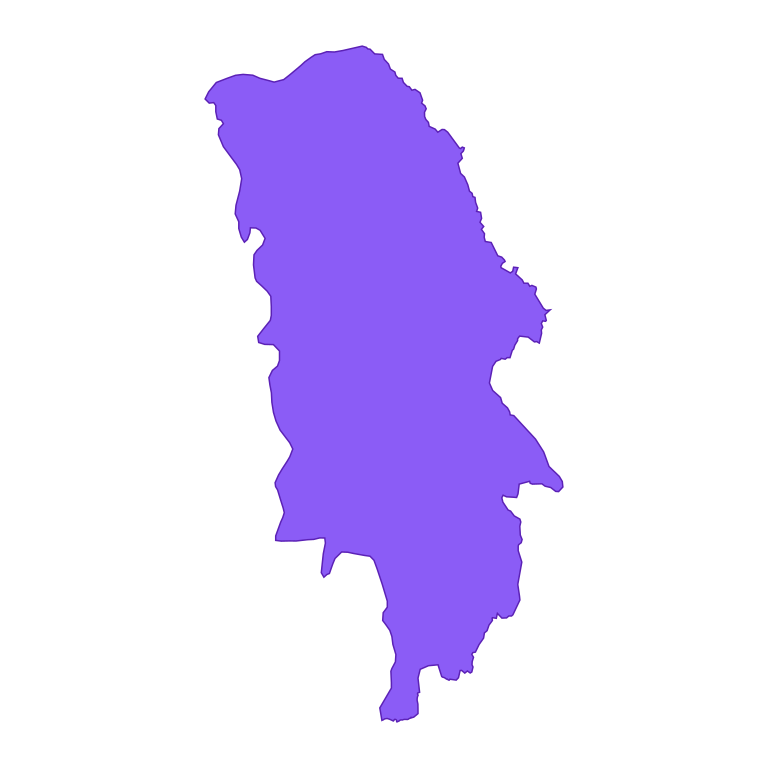 Seke-Banza, Bas-Congo, Democratic Republic of the Congo
{"feature_id": "63176286B69853523616594", "entity_name": "Seke-Banza", "entity_type": "district", "adm_level": 2, "iso_a3": "COD", "parent_name": "Democratic Republic of the Congo", "parent_adm1": "Bas-Congo", "projection": "robinson", "projection_center": [13.441, -5.391], "detail": "fine", "context": "isolated", "style": "filled", "palette": "violet", "viewbox_px": 768, "rotation_deg": 0, "n_neighbors": 0, "source": "geoboundaries", "source_scale": "gbopen_adm2", "svg_char_len": 4900}
<svg xmlns="http://www.w3.org/2000/svg" viewBox="0 0 768 768"><path d="M275.7,540.4L281.3,541.1L289.9,540.9L296.0,541.0L307.6,539.7L313.7,539.4L319.8,537.9L324.8,538.0L325.4,543.1L323.3,553.7L321.3,572.7L323.9,577.2L326.9,574.5L329.4,573.5L332.8,563.8L335.0,558.5L341.6,552.0L347.7,552.2L353.7,553.5L364.9,555.5L370.0,556.2L374.0,560.3L377.1,568.8L382.2,584.1L387.3,601.1L387.3,607.2L383.2,612.7L382.7,620.5L385.8,624.6L389.8,630.3L391.9,636.5L392.9,644.4L395.9,654.6L395.4,661.9L391.9,668.5L390.9,671.2L391.4,682.5L391.4,688.1L379.8,707.9L381.9,720.4L382.7,720.0L383.2,719.9L384.6,718.9L387.1,718.5L389.5,719.2L391.7,720.2L392.9,720.8L393.3,721.0L393.9,720.5L394.1,719.8L394.9,719.3L395.8,719.5L396.3,719.9L396.6,720.3L396.6,721.0L396.7,721.7L396.9,721.9L397.6,721.7L398.3,721.3L399.1,721.0L400.1,720.1L401.2,719.9L402.4,720.0L403.4,719.6L404.3,719.4L406.0,719.4L407.3,719.5L408.3,719.2L408.8,718.9L409.0,718.6L410.5,718.1L410.9,718.0L410.9,717.6L411.1,717.3L411.8,717.7L413.8,717.1L418.0,713.6L418.0,710.3L417.9,704.1L417.1,700.2L417.2,698.2L417.5,696.7L418.1,695.2L417.5,694.0L417.7,693.0L419.6,692.3L418.0,678.1L420.2,669.3L428.5,665.7L438.0,664.8L441.7,676.5L442.5,677.1L444.3,677.6L445.2,678.2L446.0,678.7L446.4,679.1L447.2,679.1L448.4,680.0L449.3,680.1L449.9,679.2L456.2,680.1L458.5,677.7L460.1,670.5L461.6,670.4L464.8,673.1L467.4,671.0L470.2,673.0L471.8,672.0L473.0,667.0L472.0,664.7L472.2,661.6L473.5,657.3L471.8,654.4L472.8,652.6L475.4,652.1L479.1,644.5L483.6,638.1L484.4,632.9L486.6,631.1L487.1,630.6L489.0,625.1L492.4,620.5L492.1,618.1L492.5,617.7L496.3,618.3L497.4,613.4L501.9,618.1L506.6,617.9L508.8,616.0L511.5,616.0L512.9,614.8L519.9,600.0L519.5,596.1L517.8,584.6L517.9,583.7L521.8,562.1L518.2,550.7L518.2,546.1L518.6,544.7L521.2,542.7L522.1,539.5L520.3,535.1L519.8,526.3L520.8,522.0L519.9,519.1L514.2,515.9L510.6,511.1L508.1,510.0L502.8,502.0L502.5,500.5L501.8,497.8L503.1,495.2L506.5,496.8L513.2,497.2L516.6,497.5L518.0,493.9L519.2,484.1L529.6,481.3L530.2,483.3L531.4,483.7L532.3,484.1L541.9,483.8L545.1,486.2L550.7,487.5L555.7,491.4L558.6,491.6L562.9,487.0L562.8,486.4L562.3,481.5L559.3,476.4L552.3,469.7L549.0,466.5L544.6,454.4L543.6,451.8L535.5,439.1L520.8,423.2L513.8,415.6L510.2,414.9L509.6,411.8L507.5,407.9L502.2,403.2L500.6,397.6L492.7,390.5L489.4,383.0L492.6,366.4L494.5,363.6L496.0,361.3L500.4,359.5L501.2,358.4L503.8,358.9L505.2,359.2L507.2,357.6L510.0,357.7L512.3,350.3L513.6,349.1L514.8,345.2L517.6,340.6L517.6,338.7L519.6,336.1L528.2,337.1L534.4,341.9L536.8,341.6L538.9,342.9L539.3,343.1L541.6,333.3L541.3,329.9L542.7,327.1L541.3,323.5L542.7,320.9L545.6,321.3L546.3,320.4L544.9,314.7L550.1,309.9L546.1,310.4L543.3,308.2L534.8,294.2L536.4,289.0L536.1,287.8L535.9,287.1L531.9,285.4L529.8,286.3L527.9,283.2L523.9,283.2L522.2,279.9L515.6,273.9L517.9,267.7L515.6,267.4L513.6,267.2L512.7,271.3L510.3,272.9L501.1,267.7L500.8,266.2L502.4,263.3L505.1,261.5L504.5,260.1L501.7,257.1L497.8,255.8L491.2,242.5L485.3,241.5L484.2,237.3L484.5,233.7L481.4,229.3L483.7,226.5L480.0,222.3L480.9,220.0L481.6,218.4L480.6,212.3L476.6,211.4L477.7,208.1L475.6,202.4L475.0,197.4L472.8,196.6L472.1,193.3L469.5,191.2L467.8,184.8L464.4,177.0L462.9,175.6L460.6,173.4L457.9,163.2L462.3,158.3L460.9,153.6L463.3,151.1L463.8,149.8L464.3,147.9L462.3,147.1L460.5,148.5L459.3,148.0L447.7,132.2L444.4,129.6L442.6,129.5L442.0,129.5L437.8,132.2L435.2,129.1L429.2,126.4L428.4,122.3L427.9,121.8L425.8,119.4L424.6,116.5L424.5,112.2L426.2,108.8L425.4,106.9L425.1,106.0L421.6,103.1L422.6,100.2L420.0,92.8L415.0,89.4L411.9,90.2L409.3,86.7L407.1,86.3L403.4,82.4L402.1,78.3L398.2,78.2L397.8,77.7L395.8,75.4L394.9,72.0L390.4,69.1L388.5,64.0L385.4,60.6L384.3,59.5L382.5,54.4L374.7,53.9L370.1,49.2L367.8,48.9L366.4,47.4L362.2,46.1L355.7,47.6L343.0,50.5L334.4,52.0L326.8,51.7L320.7,53.8L315.1,54.7L311.0,57.4L309.2,58.7L305.0,61.7L300.9,65.5L295.8,69.8L289.3,75.2L283.7,79.6L274.1,82.1L269.5,80.8L259.9,78.3L252.8,75.2L243.1,74.4L235.5,75.3L226.9,78.4L216.3,82.5L208.7,91.8L205.1,99.0L209.2,103.1L213.7,102.6L215.8,105.5L215.8,111.7L217.3,119.0L221.4,120.3L223.4,123.7L218.9,128.6L218.4,134.8L223.4,146.7L231.6,157.8L236.6,164.5L239.7,169.7L241.7,178.7L239.7,191.0L236.0,205.2L235.2,213.9L238.8,221.8L238.8,228.6L241.3,237.1L244.4,242.2L247.4,239.5L249.9,232.8L250.4,227.8L256.0,228.0L260.1,230.3L265.1,238.4L262.6,245.0L257.0,250.4L254.0,254.8L253.5,264.9L255.1,277.9L256.6,281.3L261.7,285.9L267.2,291.2L270.8,296.3L271.3,306.4L271.3,315.4L270.3,320.4L263.7,328.6L257.7,336.3L258.7,342.5L264.8,344.4L265.9,344.4L273.4,344.6L279.5,351.0L279.5,360.5L277.5,366.1L272.4,370.4L268.9,377.6L269.9,384.9L271.4,392.8L271.9,402.4L273.5,412.5L276.0,421.0L280.1,430.1L286.2,438.1L289.7,442.7L292.8,449.0L289.8,456.8L287.2,461.2L282.2,468.9L278.6,474.9L275.1,482.7L275.6,486.6L277.6,490.0L280.7,500.2L283.2,508.1L284.3,512.7L282.7,517.7L280.7,522.1L275.7,535.9L275.7,540.4Z" fill="#8b5cf6" stroke="#5b21b6" stroke-width="1.5"/></svg>